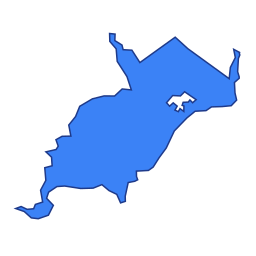 outline of Nukus, Karakalpakstan, Uzbekistan, rotated 272°
{"feature_id": "79887680B81962210104758", "entity_name": "Nukus", "entity_type": "district", "adm_level": 2, "iso_a3": "UZB", "parent_name": "Uzbekistan", "parent_adm1": "Karakalpakstan", "projection": "orthographic", "projection_center": [59.493, 42.543], "detail": "fine", "context": "isolated", "style": "filled", "palette": "blue", "viewbox_px": 256, "rotation_deg": 272, "n_neighbors": 0, "source": "geoboundaries", "source_scale": "gbopen_adm2", "svg_char_len": 1364}
<svg xmlns="http://www.w3.org/2000/svg" viewBox="0 0 256 256"><g transform="rotate(272 128 128)"><path d="M221.4,111.8L221.8,106.3L213.9,106.8L206.7,113.4L194.2,114.9L179.3,125.2L166.2,130.0L166.8,120.8L159.5,113.5L159.2,102.9L155.9,91.4L148.0,79.0L137.6,75.2L128.9,68.7L117.9,71.2L117.4,62.4L113.8,56.4L107.4,58.9L104.0,56.9L101.3,46.8L96.2,52.6L87.6,53.5L85.4,46.2L72.8,47.7L62.8,42.8L51.0,45.3L48.4,38.1L44.0,36.5L43.2,30.0L45.8,23.9L43.6,18.6L40.9,27.2L34.8,34.5L34.2,41.5L38.1,51.5L48.1,56.1L54.9,49.1L61.1,50.9L67.0,59.0L67.8,66.7L65.9,82.9L66.7,95.3L70.5,103.9L64.8,111.2L61.3,119.1L52.9,123.2L54.6,127.9L59.7,127.6L73.5,130.1L75.0,136.6L76.6,139.5L79.8,138.2L85.2,137.9L86.3,149.9L89.8,154.5L99.5,160.2L109.3,166.9L126.7,174.4L140.1,186.5L147.1,194.5L148.1,205.4L152.0,210.7L152.7,221.3L153.9,230.4L159.7,235.6L166.8,233.7L177.2,232.8L181.6,237.4L183.1,237.3L188.1,235.6L201.3,235.9L204.9,237.2L206.4,236.7L207.4,236.9L210.3,230.9L202.1,232.8L192.1,228.2L180.8,227.4L209.3,185.1L220.4,172.0L193.8,137.6L205.9,129.2L206.1,120.4L210.7,119.1L214.9,111.8L221.4,111.8ZM162.0,171.5L161.9,179.3L166.2,183.3L158.7,195.1L155.5,191.7L158.2,188.9L156.0,187.3L155.6,182.2L152.5,181.3L152.0,183.1L146.5,183.2L149.2,179.3L146.1,177.7L147.5,174.3L151.6,176.4L154.7,172.3L151.3,168.8L154.6,165.6L162.0,171.5Z" fill="#3b82f6" stroke="#1e3a8a" stroke-width="1.5"/></g></svg>